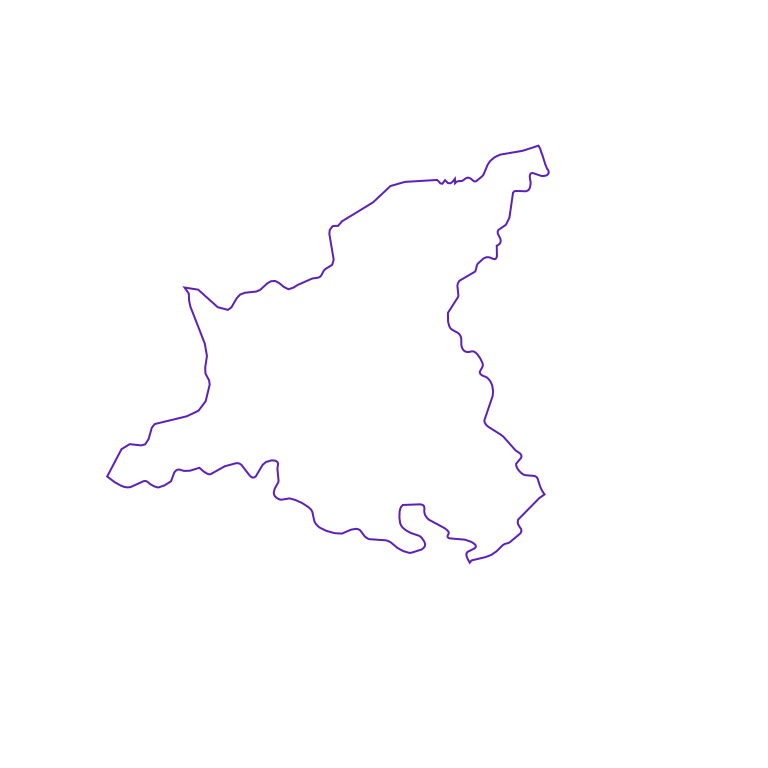 Jihomoravský, orthographic projection, rotated 140°
{"feature_id": "CZE-10370", "entity_name": "Jihomoravský", "entity_type": "Region", "adm_level": 1, "iso_a3": "CZE", "parent_name": "Czechia", "parent_adm1": "", "projection": "orthographic", "projection_center": [16.577, 49.119], "detail": "fine", "context": "isolated", "style": "outline", "palette": "violet", "viewbox_px": 768, "rotation_deg": 140, "n_neighbors": 0, "source": "natural_earth", "source_scale": "10m", "svg_char_len": 4366}
<svg xmlns="http://www.w3.org/2000/svg" viewBox="0 0 768 768"><g transform="rotate(140 384 384)"><path d="M153.5,486.6L147.7,485.1L127.8,473.5L112.5,467.3L112.5,467.2L113.2,463.5L114.3,461.2L115.3,458.1L119.4,448.2L120.7,444.1L120.7,442.5L121.4,440.7L122.6,439.6L124.2,439.2L125.9,439.5L127.8,440.6L129.7,442.2L134.4,450.0L135.9,450.9L137.4,450.6L138.8,449.5L140.9,446.4L141.7,444.7L143.5,442.6L146.3,440.5L147.9,439.8L149.6,439.8L151.4,440.4L159.1,447.3L160.6,447.8L162.2,447.6L181.0,430.8L188.3,427.6L197.2,428.5L198.9,427.7L200.2,426.0L201.5,420.5L202.6,418.6L203.8,417.6L205.2,417.1L207.6,417.1L208.7,417.5L215.4,409.2L217.3,408.2L219.0,408.4L220.3,410.2L221.4,412.6L222.7,414.2L224.0,415.3L227.1,416.2L234.8,415.9L236.4,415.3L241.0,411.9L242.2,411.6L259.9,414.6L262.6,413.7L264.7,412.0L270.1,404.0L271.2,403.1L289.3,397.4L294.9,390.5L296.7,386.6L297.2,384.7L297.2,382.9L296.7,381.2L294.7,376.1L294.3,374.4L294.4,372.5L294.9,370.6L296.0,368.6L299.6,364.3L300.7,362.1L301.3,360.1L301.3,358.2L300.8,356.5L299.8,355.1L298.5,354.0L295.3,352.3L294.2,350.9L293.6,349.0L293.4,346.7L293.8,341.8L295.0,337.0L295.9,335.2L297.2,334.0L302.6,331.9L303.4,331.0L303.7,329.7L303.5,328.2L303.1,327.0L301.3,323.7L300.9,322.2L300.7,320.3L300.8,317.9L301.4,315.2L302.4,312.7L305.1,308.3L308.3,305.1L330.7,291.5L331.7,289.5L332.0,287.2L331.7,284.5L326.9,269.4L326.4,266.5L325.9,248.6L324.4,243.3L324.5,241.5L325.2,240.2L326.4,239.3L334.0,238.0L335.0,236.8L335.8,234.9L336.2,232.7L336.3,230.3L336.1,227.9L335.6,225.6L334.7,223.7L327.7,216.7L327.0,215.0L327.1,212.9L330.3,205.1L331.5,200.6L332.0,196.2L338.2,196.8L368.4,193.9L370.6,192.0L371.4,190.4L371.9,187.8L372.2,184.6L373.5,182.8L375.7,181.9L389.3,181.9L391.3,182.4L394.4,183.9L396.8,184.2L405.3,183.5L411.7,184.1L417.6,186.2L430.4,192.6L433.2,192.0L432.2,196.8L431.0,199.8L429.6,201.3L428.0,201.7L420.0,199.8L418.1,200.4L417.4,201.9L417.7,204.2L418.6,207.0L422.1,212.8L433.0,223.6L433.6,224.9L433.6,226.0L432.9,226.8L430.1,228.2L429.5,229.8L429.7,232.1L430.3,234.7L436.7,250.9L437.1,253.1L437.0,255.2L436.7,257.3L435.9,259.2L434.7,261.0L433.0,262.7L431.9,264.5L432.1,266.4L433.4,268.4L447.3,279.2L449.5,279.0L451.7,278.0L454.0,276.3L458.1,271.7L461.1,267.0L461.8,264.8L462.0,262.4L461.7,259.9L461.1,257.4L459.3,252.8L454.6,245.0L454.2,243.6L454.0,241.9L454.5,237.2L455.4,234.9L457.0,233.5L459.2,232.9L461.7,233.1L471.7,237.2L473.5,238.8L476.7,243.7L479.0,249.6L480.7,258.8L481.6,260.8L482.9,262.9L494.8,274.4L495.7,275.8L496.3,277.5L496.7,279.5L496.3,287.2L497.1,289.4L498.6,291.1L502.9,293.6L512.5,296.5L517.7,301.5L522.6,308.6L525.7,315.7L526.1,318.6L526.1,320.8L525.8,322.7L525.6,323.4L525.3,324.2L521.2,331.9L520.6,334.4L520.9,337.7L523.2,345.4L526.7,352.6L530.0,357.2L536.8,361.2L537.9,362.3L538.8,363.8L539.5,366.0L539.7,368.3L539.2,370.2L538.1,371.8L534.9,374.1L528.0,376.7L526.8,377.9L520.2,387.5L516.3,391.1L515.8,392.9L516.4,394.8L517.8,396.5L519.7,398.0L524.5,400.1L528.9,400.1L541.4,395.7L543.4,395.8L544.8,396.8L545.6,398.7L545.7,401.4L545.2,413.6L545.7,415.6L546.7,417.1L548.2,418.4L558.8,423.3L574.8,426.4L576.0,427.2L577.0,428.8L578.4,432.9L579.3,438.5L588.4,442.3L593.1,446.0L595.9,450.2L597.6,451.2L599.5,451.4L601.5,451.0L609.7,446.4L617.3,447.4L623.2,449.7L624.2,450.7L625.9,453.5L627.3,457.1L628.1,461.2L628.9,462.9L630.6,464.1L644.6,468.0L647.1,469.8L649.2,472.2L650.9,475.3L653.5,482.2L655.5,491.1L627.0,502.8L617.5,501.4L609.5,493.1L605.7,491.3L599.6,493.2L594.9,496.4L589.9,499.8L585.4,500.7L555.7,486.0L543.3,482.8L531.7,485.4L517.9,495.6L515.6,499.3L514.1,506.7L510.4,511.5L501.6,519.3L495.3,530.2L482.4,568.2L479.4,573.6L475.4,578.7L474.8,586.1L465.7,575.7L462.0,549.7L455.9,541.1L451.6,540.8L441.7,544.4L436.7,545.0L431.9,543.3L422.5,537.0L418.5,535.7L408.7,536.1L404.6,535.4L401.2,533.0L399.3,528.4L398.3,522.7L396.3,518.0L391.3,516.0L386.5,515.4L371.1,510.9L366.7,508.1L364.3,507.2L361.9,507.6L357.2,509.6L354.6,509.7L347.1,508.6L342.6,511.6L329.4,534.1L326.6,536.8L322.5,537.9L321.0,537.5L317.6,534.7L312.2,535.5L311.9,535.7L275.7,530.2L251.8,531.5L238.1,525.4L212.2,506.2L211.9,504.3L211.9,501.5L210.6,499.9L206.2,500.9L205.9,496.8L204.0,495.0L201.1,494.9L197.8,495.6L200.5,492.1L198.4,492.3L196.4,491.4L193.6,489.3L188.7,488.9L186.9,488.1L185.7,486.1L184.7,481.2L183.2,480.1L175.3,480.0L173.0,480.5L163.8,485.3L159.4,486.6L153.5,486.6Z" fill="none" stroke="#5b21b6" stroke-width="2"/></g></svg>